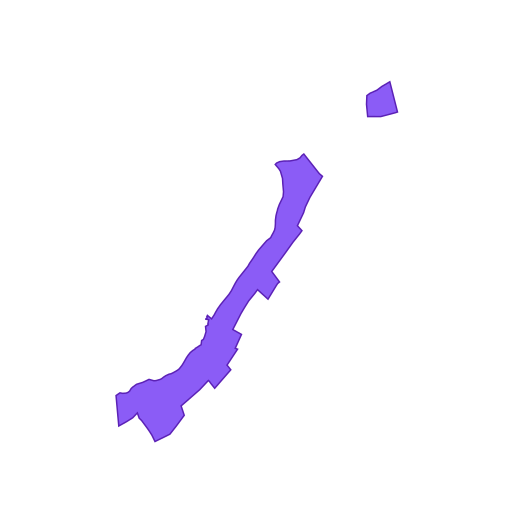 Pangai, Tonga (Equal Earth projection), rotated 19°
{"feature_id": "48082658B13739269194746", "entity_name": "Pangai", "entity_type": "district", "adm_level": 2, "iso_a3": "TON", "parent_name": "Tonga", "parent_adm1": "", "projection": "equal_earth", "projection_center": [-174.349, -19.79], "detail": "fine", "context": "isolated", "style": "filled", "palette": "violet", "viewbox_px": 512, "rotation_deg": 19, "n_neighbors": 0, "source": "geoboundaries", "source_scale": "gbopen_adm2", "svg_char_len": 2092}
<svg xmlns="http://www.w3.org/2000/svg" viewBox="0 0 512 512"><g transform="rotate(19 256 256)"><path d="M234.0,422.1L246.2,400.9L251.5,389.2L252.8,389.8L255.1,391.4L260.0,394.5L269.2,371.8L264.1,368.6L264.6,366.7L268.9,350.1L266.4,350.0L267.8,334.9L258.0,333.1L260.5,315.4L261.9,308.6L263.7,300.8L267.1,291.6L268.4,287.3L281.4,292.9L284.8,277.4L285.4,275.0L286.7,272.9L275.9,265.5L282.9,242.9L286.5,230.8L290.0,221.0L291.2,217.1L285.3,213.9L286.9,199.6L286.7,193.5L287.9,182.9L292.9,159.0L289.0,157.5L268.0,144.0L266.7,146.0L265.7,148.8L263.3,151.6L257.1,155.1L251.3,157.2L247.6,159.1L245.2,161.4L244.4,163.2L249.1,166.0L251.5,167.9L255.8,174.0L257.9,179.1L261.1,186.3L262.3,191.1L261.3,199.6L261.2,204.7L261.4,205.9L261.5,208.3L261.8,211.4L262.7,215.8L263.9,219.4L264.8,222.8L265.1,225.5L264.7,228.8L264.2,231.6L263.9,233.9L261.1,238.1L259.5,242.0L256.5,249.5L255.2,253.8L253.9,259.3L252.3,265.0L251.7,268.4L249.0,276.0L247.1,281.3L246.5,283.2L246.0,285.0L245.3,288.3L244.8,291.5L244.0,296.9L242.9,301.2L240.4,307.9L238.3,313.6L236.9,318.4L236.1,322.4L235.7,325.1L235.3,326.7L235.0,327.8L234.5,329.9L229.4,328.0L229.3,329.3L229.7,329.3L229.8,330.8L229.1,331.5L229.2,332.1L232.0,331.6L232.6,335.9L233.0,336.0L233.1,336.9L231.2,339.0L233.4,343.8L233.6,348.7L233.5,350.6L233.4,352.0L232.1,353.6L233.0,357.8L231.7,359.3L230.4,361.1L228.7,363.1L228.8,363.5L228.0,364.7L227.0,365.9L225.3,368.7L224.2,371.8L223.4,374.7L222.3,380.5L221.6,383.6L220.1,387.8L219.0,389.5L217.5,391.3L215.7,393.3L214.0,395.0L212.3,396.0L209.7,398.5L208.0,400.7L206.9,402.5L205.7,403.8L202.0,406.4L200.1,407.2L195.0,407.5L192.6,409.9L190.0,412.4L184.8,416.2L182.1,420.1L181.1,422.0L180.5,424.9L179.4,426.6L177.9,427.9L174.6,429.3L171.9,429.7L169.1,433.5L170.7,437.1L181.6,461.4L187.6,454.7L192.1,449.1L194.9,443.0L198.4,447.4L201.4,448.8L209.0,454.0L212.0,456.2L215.9,459.3L220.9,464.3L232.6,452.5L236.0,442.7L240.0,430.0L234.0,422.1ZM325.8,47.7L319.8,54.7L316.3,59.9L310.9,64.9L308.6,68.2L311.1,76.6L316.2,87.8L328.5,83.6L341.2,75.1L342.9,73.8L325.8,47.7Z" fill="#8b5cf6" stroke="#5b21b6" stroke-width="1.5"/></g></svg>